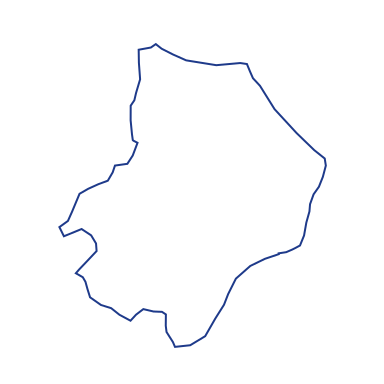 Falun, Dalarna, Sweden, rotated 352°
{"feature_id": "70781695B54233926818688", "entity_name": "Falun", "entity_type": "district", "adm_level": 2, "iso_a3": "SWE", "parent_name": "Sweden", "parent_adm1": "Dalarna", "projection": "orthographic", "projection_center": [15.811, 60.776], "detail": "fine", "context": "isolated", "style": "outline", "palette": "blue", "viewbox_px": 384, "rotation_deg": 352, "n_neighbors": 0, "source": "geoboundaries", "source_scale": "gbopen_adm2", "svg_char_len": 1195}
<svg xmlns="http://www.w3.org/2000/svg" viewBox="0 0 384 384"><g transform="rotate(352 192 192)"><path d="M176.7,40.5L171.4,43.2L159.0,43.7L157.4,56.6L156.3,73.2L150.4,86.1L147.7,93.1L143.3,98.0L141.2,112.5L140.6,126.5L140.6,132.4L141.1,133.0L144.9,135.7L138.4,147.6L131.9,155.1L119.4,155.1L116.2,161.5L110.2,169.1L100.5,171.2L89.6,174.4L80.4,178.1L70.5,194.8L65.1,203.4L55.8,208.3L59.0,218.0L77.5,213.3L86.1,220.9L89.8,229.6L89.3,237.2L77.8,246.4L69.6,252.9L65.7,256.3L72.0,261.2L74.0,266.1L75.0,273.7L76.4,282.1L86.1,291.2L95.8,295.8L103.1,303.5L113.2,310.9L119.5,305.7L127.5,301.2L137.3,305.0L145.6,306.5L149.1,309.6L147.4,320.8L147.3,327.1L152.2,337.9L153.6,343.0L168.9,343.5L185.0,336.6L197.5,320.5L208.0,308.1L213.6,298.1L223.4,283.9L239.5,273.3L255.0,268.3L266.8,266.1L269.3,265.6L269.3,264.8L276.9,264.7L283.1,263.0L286.4,261.9L291.5,260.0L296.9,250.7L301.0,238.1L305.6,227.6L307.2,220.5L312.1,211.2L318.4,204.5L323.7,195.2L328.2,184.5L328.1,177.3L327.8,177.0L318.9,167.6L303.7,148.1L285.3,121.5L274.1,96.3L268.2,87.8L266.2,80.7L264.2,72.9L263.8,72.8L257.7,71.0L233.7,69.8L209.0,62.2L204.5,60.8L192.2,53.1L181.9,45.9L176.7,40.5Z" fill="none" stroke="#1e3a8a" stroke-width="2"/></g></svg>